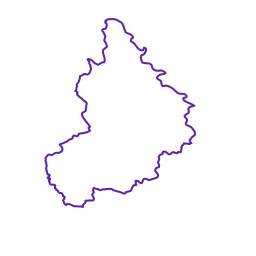 Santa Fé de Minas, Minas Gerais, Brazil (Equal Earth projection), rotated 293°
{"feature_id": "56859067B85446115139738", "entity_name": "Santa Fé de Minas", "entity_type": "district", "adm_level": 2, "iso_a3": "BRA", "parent_name": "Brazil", "parent_adm1": "Minas Gerais", "projection": "equal_earth", "projection_center": [-45.545, -16.733], "detail": "fine", "context": "isolated", "style": "outline", "palette": "violet", "viewbox_px": 256, "rotation_deg": 293, "n_neighbors": 0, "source": "geoboundaries", "source_scale": "gbopen_adm2", "svg_char_len": 5751}
<svg xmlns="http://www.w3.org/2000/svg" viewBox="0 0 256 256"><g transform="rotate(293 128 128)"><path d="M37.7,117.3L38.9,116.9L40.0,116.8L40.9,117.1L42.2,117.9L43.2,117.8L44.2,117.3L44.8,117.6L45.2,119.1L45.9,120.3L46.5,121.2L46.9,122.2L47.2,123.3L47.8,124.2L48.6,124.6L49.3,124.4L50.5,123.5L51.1,122.8L52.0,121.6L52.7,121.0L53.6,121.0L54.3,121.5L54.9,121.6L55.7,121.6L56.9,120.1L58.8,119.7L59.4,120.0L59.6,123.0L60.0,123.9L60.0,124.7L59.7,125.7L59.9,126.8L60.6,127.8L61.4,128.5L61.9,129.2L62.1,130.3L63.4,131.9L64.6,134.6L65.0,135.7L65.4,136.5L65.4,137.6L64.9,138.7L65.1,139.8L65.4,140.6L65.4,142.7L65.9,144.8L66.0,145.9L66.0,149.8L66.5,150.8L67.3,151.2L68.2,151.3L69.2,152.4L70.5,154.4L71.5,155.2L72.5,155.3L74.0,155.1L76.9,155.4L77.6,155.8L78.0,156.4L78.3,157.1L78.9,157.8L80.2,156.7L81.0,156.4L82.0,155.6L82.8,156.7L83.0,157.8L82.9,158.7L82.4,159.9L82.3,160.9L82.4,161.9L83.1,162.3L86.6,162.2L87.3,162.6L88.0,163.5L88.2,164.3L88.4,165.4L88.3,166.3L88.0,167.3L88.6,168.2L89.4,169.0L91.4,171.6L94.0,174.1L94.9,174.5L96.0,174.3L96.8,173.7L97.4,173.0L98.1,171.7L98.6,170.4L99.1,169.9L100.7,169.4L101.6,169.4L102.4,169.9L104.1,171.7L105.6,171.4L106.1,171.2L107.9,169.2L109.1,169.0L111.6,168.9L112.4,168.5L112.9,167.7L113.9,167.6L114.7,167.7L115.7,168.0L116.4,168.6L117.6,169.9L118.2,169.9L118.8,169.4L119.7,169.5L120.4,170.4L120.7,171.6L120.6,172.9L119.9,174.9L119.8,175.9L120.1,176.6L120.7,177.2L122.5,178.1L123.2,178.7L123.7,179.7L123.6,181.7L123.8,182.6L124.2,183.2L125.2,183.4L125.7,184.1L125.9,185.0L126.4,186.0L127.2,185.9L128.1,185.6L130.3,185.3L131.1,184.6L132.2,184.9L133.0,184.6L134.2,185.5L135.7,185.5L136.2,187.4L136.7,188.3L137.0,189.3L137.1,190.3L137.5,191.2L138.3,191.4L138.9,192.0L139.4,190.8L140.1,190.0L141.0,189.6L144.2,190.4L148.0,192.3L148.7,192.1L149.7,191.6L150.4,190.9L151.6,189.2L152.8,187.4L153.3,186.1L153.6,184.9L153.6,181.7L153.9,180.3L154.5,179.5L155.4,179.3L157.1,179.5L158.4,179.2L159.0,178.7L159.6,177.8L160.6,175.8L161.2,175.4L162.6,175.8L163.7,176.5L164.9,177.5L165.8,177.8L166.7,177.7L168.9,176.2L170.0,176.1L170.8,176.3L171.8,177.0L173.0,178.5L173.7,179.5L174.3,180.1L174.6,179.4L174.7,178.6L174.9,170.7L175.1,169.7L175.5,168.6L176.1,167.7L176.8,167.4L177.4,167.6L178.5,169.0L179.1,169.6L180.2,169.6L180.8,168.9L181.1,168.0L181.2,166.7L181.0,165.7L179.7,161.9L179.6,161.1L179.7,159.9L181.1,155.7L181.8,153.3L182.1,151.4L182.3,148.9L182.2,147.9L181.9,146.5L180.2,143.9L180.4,142.9L180.9,142.2L181.6,141.6L183.1,140.7L183.7,140.3L184.3,139.4L184.5,138.4L184.6,136.9L184.9,135.7L185.7,135.0L186.6,135.1L188.3,135.8L189.1,136.3L189.8,136.9L191.6,139.7L193.1,141.0L193.7,140.4L194.0,138.7L194.1,137.0L193.9,136.0L193.0,134.5L192.1,132.3L191.8,131.2L191.7,129.9L192.0,128.3L192.6,127.4L193.1,126.7L193.7,126.2L194.4,125.8L195.0,125.2L195.4,124.5L195.7,123.3L195.5,121.8L195.1,120.3L194.6,119.4L193.9,116.2L194.1,115.3L194.8,114.5L195.5,114.0L197.1,112.6L198.4,112.0L199.1,111.8L200.1,112.0L201.6,113.4L202.4,113.9L203.9,114.3L206.1,114.3L206.9,114.1L207.8,113.5L208.3,112.6L208.2,111.4L206.1,111.6L205.4,111.2L205.0,110.6L204.7,109.7L204.7,108.5L205.1,106.5L205.6,105.3L207.7,101.7L208.2,100.6L208.6,99.4L208.8,97.7L209.2,96.8L209.8,96.4L210.5,96.3L211.5,96.3L213.1,97.3L213.9,96.9L214.4,96.2L215.0,94.3L215.1,93.2L215.0,90.3L215.3,88.3L217.1,86.4L218.6,85.3L220.1,83.9L222.1,81.7L222.5,80.5L222.7,79.1L223.1,75.2L223.0,74.0L222.8,72.9L222.5,71.8L221.4,69.6L220.4,67.3L219.8,66.5L218.9,66.2L218.2,65.5L217.7,66.1L216.8,65.6L216.0,66.2L215.6,67.5L214.6,68.2L211.9,68.7L211.2,68.7L210.6,68.4L209.3,66.5L208.6,66.1L207.7,66.1L207.0,66.8L206.4,68.3L204.9,69.7L204.1,70.9L203.5,71.3L202.5,71.5L201.4,71.5L199.2,72.0L197.1,75.0L195.4,76.4L194.6,76.8L193.7,76.5L191.6,75.2L190.5,74.7L189.8,74.7L187.9,75.4L185.9,76.9L183.4,78.9L180.9,80.3L179.9,80.5L179.1,80.1L178.4,78.9L177.6,78.1L175.1,76.3L174.5,75.7L174.6,72.9L174.8,71.7L175.8,69.3L176.3,67.1L176.3,65.7L176.1,64.7L175.5,64.1L174.8,64.6L174.1,66.3L172.5,67.0L171.8,67.7L171.3,68.6L169.5,69.7L168.9,70.5L168.1,70.6L167.3,71.1L166.5,71.1L165.7,71.0L165.1,71.2L162.9,70.9L162.0,70.5L161.5,69.9L161.0,68.3L161.0,67.2L160.5,66.5L159.7,66.1L158.7,65.3L157.2,63.7L156.3,63.7L155.4,64.1L154.1,64.4L150.4,64.5L148.9,64.0L148.1,63.9L146.2,64.8L144.5,64.9L143.9,65.3L143.1,65.5L141.5,65.1L141.1,67.6L140.2,67.8L139.4,67.7L138.6,68.4L138.4,69.4L138.0,70.2L137.7,71.1L136.9,74.2L136.0,76.3L135.6,78.4L135.3,79.7L134.5,80.3L133.8,80.6L132.2,80.9L130.4,81.5L129.6,81.5L128.2,82.3L127.5,82.3L126.8,82.2L126.2,81.8L124.9,80.6L123.9,80.1L122.7,80.2L122.0,80.5L120.3,82.4L119.2,84.0L117.4,87.1L116.9,88.3L114.4,92.5L113.4,92.2L112.7,91.7L112.0,92.1L110.9,93.9L110.0,93.8L107.8,91.6L105.4,88.2L104.2,86.0L103.5,85.1L101.7,85.0L100.8,84.7L100.3,83.7L100.1,81.3L99.5,80.8L98.2,80.6L97.3,80.9L96.6,80.8L95.9,80.3L94.4,78.5L92.2,77.4L90.0,75.4L89.1,74.7L87.7,73.2L86.6,71.9L85.9,71.8L84.9,73.9L83.7,75.5L82.8,76.0L82.0,76.2L81.2,76.2L80.4,75.9L78.4,74.4L77.8,73.5L77.2,71.6L76.5,70.8L75.4,69.9L73.3,68.6L72.9,66.3L72.4,65.3L71.6,64.7L70.7,64.6L69.1,63.9L68.4,63.7L67.6,63.9L66.8,64.7L65.4,65.0L64.8,65.8L64.2,66.3L63.6,66.4L63.0,66.7L62.5,67.4L60.7,68.1L59.4,68.2L58.7,68.5L57.8,69.3L56.2,69.9L55.9,70.7L54.5,71.5L53.9,72.4L54.4,73.6L53.7,74.4L53.0,74.4L52.2,73.8L51.0,73.7L51.4,74.5L50.8,76.1L50.1,76.2L49.8,75.1L48.7,75.9L48.1,76.0L47.6,77.1L46.0,77.8L45.9,78.8L46.0,79.8L47.0,82.5L46.6,83.5L44.8,83.9L43.9,84.3L43.9,85.1L43.5,86.0L42.9,86.3L43.0,87.4L42.7,88.2L42.1,88.4L41.6,89.4L41.6,90.6L41.9,91.3L42.0,92.1L42.0,92.9L40.9,94.2L40.0,94.6L39.7,96.7L37.8,96.9L36.8,96.6L35.9,96.5L34.7,98.0L33.9,98.6L33.2,99.8L32.9,101.0L33.9,101.4L34.5,102.1L35.1,104.6L35.0,107.0L35.0,109.3L35.4,110.3L36.0,111.4L36.2,112.5L37.4,115.4L37.7,117.3Z" fill="none" stroke="#5b21b6" stroke-width="2"/></g></svg>